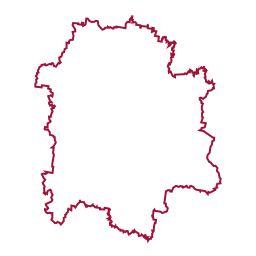 Mid-Western, New South Wales, Australia (Equal Earth projection)
{"feature_id": "25037944B76580037794190", "entity_name": "Mid-Western", "entity_type": "district", "adm_level": 2, "iso_a3": "AUS", "parent_name": "Australia", "parent_adm1": "New South Wales", "projection": "equal_earth", "projection_center": [149.8, -32.602], "detail": "fine", "context": "isolated", "style": "outline", "palette": "rose", "viewbox_px": 256, "rotation_deg": 0, "n_neighbors": 0, "source": "geoboundaries", "source_scale": "gbopen_adm2", "svg_char_len": 5710}
<svg xmlns="http://www.w3.org/2000/svg" viewBox="0 0 256 256"><path d="M128.8,234.5L132.0,232.5L132.5,231.3L133.8,232.5L134.5,231.7L134.0,230.6L134.4,230.1L135.0,231.4L138.5,233.4L138.8,236.0L141.5,235.3L141.7,234.6L143.6,236.3L144.2,235.8L144.1,237.3L145.0,237.4L144.9,236.1L145.6,235.5L146.2,237.2L147.3,237.2L145.7,238.4L147.1,239.4L147.8,238.5L148.1,240.6L149.3,238.8L150.9,238.8L151.1,237.2L152.2,237.1L152.1,233.8L152.9,232.4L152.3,230.6L153.7,230.8L154.0,226.4L154.8,222.8L155.6,222.9L156.0,219.9L153.4,219.5L153.3,217.8L152.3,216.6L152.2,215.8L153.0,216.0L153.5,210.6L154.4,209.6L154.7,210.8L160.6,211.7L162.1,213.0L166.9,211.4L167.8,208.2L166.1,206.3L165.8,203.6L164.3,203.3L166.0,191.3L168.2,190.1L170.1,190.4L170.2,191.4L171.6,191.7L173.2,187.8L176.0,185.9L178.8,186.9L180.5,186.0L182.0,186.8L183.0,185.7L182.4,187.0L183.1,187.6L186.6,185.8L187.3,187.3L189.5,187.7L190.1,186.2L191.1,185.9L193.5,187.0L194.4,188.6L196.2,189.7L199.8,190.2L200.3,191.4L200.9,190.4L205.1,191.1L207.8,194.1L208.3,191.9L209.8,192.7L215.2,189.9L214.0,188.7L217.2,187.6L216.5,186.2L217.3,183.8L220.5,183.3L220.1,181.5L220.7,178.7L219.6,177.5L218.7,173.0L217.0,171.0L217.4,167.9L215.4,165.8L213.7,166.0L210.5,162.3L209.3,162.0L207.2,158.3L207.5,155.2L209.6,152.8L210.5,146.8L212.0,144.4L212.3,141.3L214.0,140.4L214.2,137.7L212.8,137.5L203.4,131.0L199.8,130.3L201.2,129.5L201.6,128.0L204.7,127.3L205.8,123.2L201.2,122.4L202.9,117.4L202.1,116.9L202.0,115.0L202.2,112.7L203.1,112.0L201.9,109.6L201.8,106.7L202.9,103.6L201.3,102.9L201.5,101.4L199.7,99.4L199.8,98.0L200.9,97.6L203.1,98.9L206.0,96.6L206.8,93.9L207.5,93.7L208.0,90.9L211.1,90.4L212.6,89.3L212.8,88.2L214.0,88.3L213.4,85.0L214.2,83.9L212.5,83.4L212.0,80.8L210.5,83.1L209.1,83.6L208.3,82.9L209.2,82.1L208.7,81.1L207.4,82.5L206.0,81.6L206.2,80.4L204.7,77.6L205.6,77.0L204.9,73.6L206.6,70.5L206.1,69.9L204.9,71.3L203.6,70.8L205.3,69.0L203.8,67.6L204.2,66.2L202.6,68.3L201.3,67.3L200.5,68.5L198.9,68.7L198.1,70.4L196.8,69.5L196.6,70.9L197.9,71.6L198.3,73.4L196.8,73.8L196.5,72.6L195.1,72.4L193.9,76.0L193.4,75.3L193.6,72.5L192.4,72.6L192.1,71.1L190.1,69.8L189.9,72.3L189.4,72.4L189.2,71.1L188.6,71.2L186.6,74.2L185.1,73.3L184.1,74.2L174.8,74.7L175.0,77.2L172.8,76.2L170.5,71.5L168.9,72.5L168.7,70.7L169.4,68.8L167.8,66.5L168.7,63.8L169.9,64.6L170.2,64.0L169.5,63.1L171.1,62.3L171.5,60.4L171.0,57.6L172.7,57.0L171.5,55.5L171.3,54.0L173.5,55.4L174.2,54.4L173.0,53.0L173.8,50.5L172.1,50.1L171.9,49.3L172.4,47.7L173.4,47.9L173.6,46.4L174.2,46.5L174.6,44.2L175.7,43.3L175.4,42.5L174.2,41.5L173.8,43.4L172.7,42.4L171.4,43.5L170.9,42.5L170.1,42.6L170.1,45.2L168.7,46.1L169.8,44.0L168.6,43.8L169.1,42.5L168.0,41.4L166.6,42.1L166.8,40.3L165.7,40.0L165.9,37.1L164.6,36.9L164.5,37.5L162.9,37.3L162.7,38.8L162.1,38.7L161.7,41.7L158.3,41.1L158.9,36.6L154.9,35.9L156.3,31.3L154.1,31.0L152.0,31.9L152.2,30.3L153.5,30.5L153.8,28.1L152.3,27.8L152.2,28.9L147.8,28.2L148.0,25.2L147.8,25.1L147.6,26.7L141.0,26.0L140.7,27.7L140.2,27.6L140.4,25.3L136.2,24.8L136.4,23.3L135.1,22.1L132.4,22.6L132.8,19.9L131.9,19.8L132.5,15.4L132.0,17.0L129.8,19.4L129.7,22.3L127.4,21.8L125.7,24.0L125.5,28.2L116.5,26.6L116.4,27.5L114.6,27.2L114.7,26.4L113.5,28.5L112.8,28.6L110.2,27.1L109.0,27.8L107.9,26.7L107.6,27.6L104.9,27.8L104.5,28.8L102.4,29.7L98.5,25.4L97.8,21.2L95.9,20.8L94.4,21.8L91.5,21.9L89.5,21.1L87.9,18.8L86.4,18.5L85.5,24.5L83.2,25.9L83.2,22.9L82.0,22.7L81.8,24.8L78.1,24.2L78.2,23.4L73.1,23.1L72.6,25.3L75.1,29.1L75.3,31.4L72.6,32.0L73.5,35.6L72.8,39.8L70.2,40.0L69.0,41.4L69.0,43.0L68.4,43.4L66.5,42.7L66.6,48.1L64.7,49.1L64.0,52.1L62.4,52.7L61.4,56.6L59.3,57.4L59.4,60.1L60.7,62.5L59.4,63.5L58.4,62.9L56.0,66.6L54.1,66.2L52.9,63.2L51.9,63.2L51.0,64.5L49.7,63.9L46.2,65.4L44.9,65.0L44.9,64.2L41.6,65.0L41.6,65.8L39.5,67.1L37.9,71.0L38.5,72.5L36.9,73.2L37.2,74.5L35.9,75.9L37.4,78.5L36.2,79.5L36.4,82.5L35.3,83.8L35.4,86.7L41.6,87.4L41.9,85.3L48.5,86.2L48.1,88.6L50.8,89.4L50.4,91.5L52.9,93.4L52.3,96.5L50.7,95.4L48.2,96.2L50.1,101.0L51.4,102.0L49.0,102.6L49.2,103.9L50.0,105.6L51.9,104.5L52.3,106.7L54.1,105.5L54.9,106.2L53.8,108.1L51.4,108.9L52.6,111.7L51.7,112.9L50.6,116.9L49.0,116.6L49.3,119.5L50.6,121.1L50.4,121.8L47.6,123.4L47.6,127.4L45.0,127.0L44.6,129.0L45.1,129.6L48.0,129.7L49.8,132.3L49.9,134.8L53.4,135.8L53.8,137.0L54.7,137.2L54.7,139.3L55.8,142.6L53.8,146.0L51.8,147.6L53.7,147.9L53.0,153.0L53.9,154.6L52.3,164.0L52.2,166.6L53.3,166.8L52.5,173.0L45.7,171.8L46.8,173.1L45.4,174.0L43.4,173.5L41.8,174.2L43.6,178.0L45.2,179.7L42.7,183.0L44.7,186.6L44.0,188.1L44.4,191.6L43.7,192.8L45.3,194.2L45.8,193.1L47.1,193.9L47.5,191.2L50.1,189.7L51.2,190.7L51.2,192.3L52.6,194.8L51.2,197.6L52.4,199.9L51.4,201.5L45.8,204.1L45.8,205.0L48.2,208.2L47.0,209.5L45.0,209.2L45.0,210.2L46.0,212.2L47.6,213.2L49.8,212.7L51.8,213.7L52.4,212.2L52.3,218.0L51.4,219.7L55.0,223.1L56.8,222.8L57.5,221.9L59.6,222.8L60.9,224.5L63.7,221.2L63.7,217.9L65.4,217.1L65.2,214.8L66.3,214.3L66.5,213.0L67.7,212.3L68.4,208.8L71.3,210.3L71.5,205.6L74.1,206.1L75.3,207.6L77.9,203.7L79.8,202.2L79.9,199.9L80.4,201.9L84.1,202.3L86.0,206.5L86.7,205.5L87.2,206.3L87.6,205.7L90.7,206.3L92.6,204.7L92.7,205.7L94.0,205.9L95.1,207.3L96.3,207.5L96.8,206.7L97.0,207.5L100.1,208.1L100.0,209.3L104.4,209.5L104.6,207.8L108.5,208.5L108.6,209.4L109.6,209.1L110.0,209.7L108.6,211.4L108.8,212.1L108.0,213.0L108.9,213.2L108.1,214.7L108.7,215.3L109.3,214.9L110.5,217.2L108.3,218.4L109.9,218.6L110.1,219.2L109.4,219.7L110.2,219.8L111.8,221.7L110.7,223.2L110.0,222.9L110.0,224.8L111.8,225.2L111.8,226.6L114.1,226.2L114.8,227.3L115.5,226.0L115.7,227.1L116.9,227.0L119.2,229.6L120.4,229.6L120.6,230.7L122.8,230.3L123.5,232.3L124.6,231.4L125.6,232.0L126.3,231.1L127.6,231.0L128.8,234.5Z" fill="none" stroke="#9f1239" stroke-width="2"/></svg>